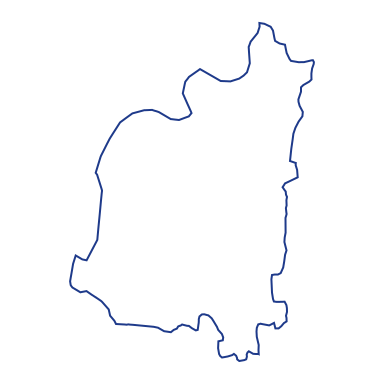 outline of Jisr-Ash-Shugur, Idlib, Syria
{"feature_id": "27442178B84192320308694", "entity_name": "Jisr-Ash-Shugur", "entity_type": "district", "adm_level": 2, "iso_a3": "SYR", "parent_name": "Syria", "parent_adm1": "Idlib", "projection": "equal_earth", "projection_center": [36.341, 35.883], "detail": "fine", "context": "isolated", "style": "outline", "palette": "blue", "viewbox_px": 384, "rotation_deg": 0, "n_neighbors": 0, "source": "geoboundaries", "source_scale": "gbopen_adm2", "svg_char_len": 3531}
<svg xmlns="http://www.w3.org/2000/svg" viewBox="0 0 384 384"><path d="M258.7,354.1L258.6,352.1L258.5,350.1L258.7,345.0L256.8,336.9L256.5,331.5L256.8,327.9L257.5,326.1L258.3,324.3L259.5,324.1L260.4,323.7L262.3,324.1L269.2,325.4L271.8,324.1L274.0,322.9L275.4,328.4L278.6,328.4L281.3,326.2L283.9,323.1L286.6,321.4L286.5,317.9L286.0,315.8L287.0,311.9L286.9,308.1L286.4,305.1L284.6,301.7L281.9,301.8L276.7,301.9L273.9,301.5L273.0,298.9L272.0,292.6L271.4,279.3L272.0,275.0L274.8,274.5L278.0,274.5L280.7,273.1L283.2,267.5L284.2,261.5L285.1,254.7L286.5,250.4L285.7,247.2L284.4,242.0L284.7,237.5L285.6,232.7L285.5,217.9L286.1,215.9L286.6,214.0L286.5,213.4L286.5,213.1L286.4,212.8L285.9,208.1L286.6,205.5L286.5,202.9L286.4,200.3L287.0,196.9L286.5,195.8L286.0,194.6L285.7,191.5L284.8,190.4L282.6,187.2L284.3,184.6L285.0,183.4L288.4,181.8L297.7,177.3L297.1,169.8L297.0,169.5L295.7,165.3L295.7,163.5L295.8,163.0L290.0,161.0L291.3,148.8L292.6,139.8L293.4,133.7L295.4,127.8L295.6,127.4L298.6,121.6L302.4,116.3L302.8,111.9L299.6,105.8L298.5,101.8L298.4,99.4L301.0,91.7L301.0,88.6L301.0,87.3L303.4,85.0L309.3,81.6L311.5,79.5L311.4,76.8L311.4,75.6L311.4,73.5L311.6,72.0L312.1,68.5L313.7,64.0L313.9,62.1L312.9,60.2L311.8,60.3L311.6,60.3L309.3,60.9L305.4,61.8L304.1,62.1L298.7,62.2L291.0,60.9L289.5,58.9L286.9,53.5L286.7,53.2L285.8,48.9L285.1,45.3L285.0,44.7L279.6,43.5L275.1,40.9L274.4,38.0L273.0,30.6L270.7,26.8L264.4,23.8L259.4,23.0L259.5,24.9L259.6,26.7L257.6,33.0L251.0,41.2L250.7,41.5L249.3,45.4L249.0,46.1L248.9,46.4L248.7,46.9L249.0,52.0L249.8,63.3L247.0,72.3L243.6,75.6L239.2,78.6L230.4,81.4L225.9,81.2L220.7,81.0L214.8,77.6L200.0,69.1L197.3,71.1L197.1,71.2L196.5,71.6L189.0,76.9L187.3,79.2L186.0,80.8L185.3,81.7L184.7,84.3L182.8,93.4L187.5,104.0L189.1,107.5L190.8,111.3L191.5,113.1L188.8,116.4L185.7,117.5L179.0,120.0L176.3,119.7L175.3,119.6L171.2,119.1L170.8,119.1L166.2,116.4L158.9,112.1L157.5,111.6L155.6,111.0L155.1,110.9L153.2,110.3L152.1,109.9L145.5,110.2L144.4,110.2L143.5,110.4L141.7,110.9L132.4,113.4L125.9,118.1L120.1,122.4L118.6,124.7L116.1,128.6L113.4,132.8L109.8,138.5L108.6,140.8L108.4,141.2L107.0,143.9L101.0,155.8L100.5,157.1L95.7,172.8L97.1,174.7L101.3,188.0L102.0,190.4L102.0,191.0L101.7,193.4L101.0,200.5L99.7,214.5L98.4,227.8L97.3,239.9L95.0,244.3L91.9,250.2L86.6,260.3L84.2,259.8L82.3,259.4L79.8,257.9L75.7,255.5L73.1,263.8L71.4,273.8L70.6,278.3L70.1,281.3L70.7,285.1L71.2,285.9L71.8,286.7L72.4,287.5L80.4,292.3L81.7,292.0L86.5,291.1L91.5,294.6L97.8,298.7L101.0,300.9L101.6,301.4L102.2,302.0L108.7,309.4L110.0,315.2L110.1,315.7L114.4,320.8L115.9,323.8L116.0,324.0L124.7,324.5L126.6,324.7L127.6,324.5L128.3,324.4L128.7,324.4L129.9,324.6L132.8,324.8L153.7,326.8L158.0,327.7L164.1,331.2L170.9,332.2L173.7,329.9L176.9,328.6L178.1,326.5L179.4,325.9L180.6,325.6L182.1,324.5L183.5,324.9L185.1,325.3L187.1,325.8L188.9,325.9L191.9,328.2L195.8,330.4L197.7,329.9L198.2,326.4L198.4,324.8L198.7,322.9L198.8,321.0L198.8,319.1L199.5,316.4L200.8,315.4L200.9,315.2L202.0,314.4L204.4,314.3L206.4,314.9L208.4,315.4L211.7,318.3L212.6,319.7L213.5,321.1L216.5,326.1L216.9,326.7L218.2,329.9L221.9,334.0L223.2,337.4L223.0,338.9L222.8,340.3L218.4,341.3L218.1,348.2L218.6,351.1L219.1,354.0L220.2,356.0L222.0,357.5L224.4,357.1L226.5,356.7L227.6,356.5L228.3,356.3L232.2,355.1L233.9,353.9L236.1,355.7L237.0,357.8L237.2,359.4L239.3,361.0L244.3,360.1L246.2,359.3L246.9,356.7L246.7,354.5L247.5,352.5L248.8,351.3L252.8,353.6L253.1,353.8L255.8,354.0L257.1,354.0L258.3,354.0L258.5,354.0L258.7,354.1Z" fill="none" stroke="#1e3a8a" stroke-width="2"/></svg>